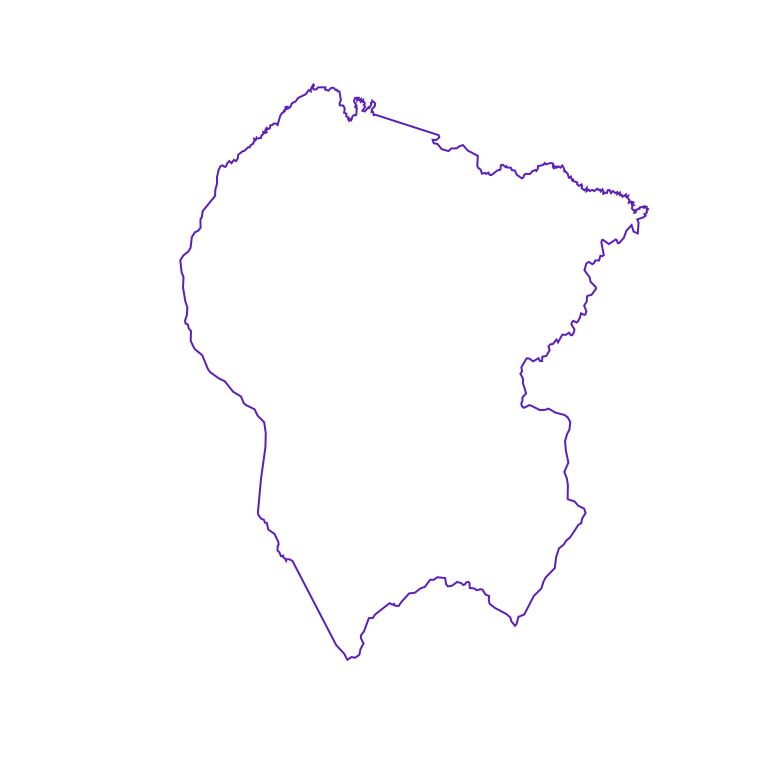 outline of Snuol, Krâchéh, Cambodia, rotated 202°
{"feature_id": "14789045B73173825322549", "entity_name": "Snuol", "entity_type": "district", "adm_level": 2, "iso_a3": "KHM", "parent_name": "Cambodia", "parent_adm1": "Krâchéh", "projection": "equal_earth", "projection_center": [106.435, 12.231], "detail": "fine", "context": "isolated", "style": "outline", "palette": "violet", "viewbox_px": 768, "rotation_deg": 202, "n_neighbors": 0, "source": "geoboundaries", "source_scale": "gbopen_adm2", "svg_char_len": 6166}
<svg xmlns="http://www.w3.org/2000/svg" viewBox="0 0 768 768"><g transform="rotate(202 384 384)"><path d="M204.5,638.1L206.2,639.0L204.5,641.2L205.1,642.3L204.7,645.1L205.4,645.2L205.4,644.3L206.8,645.4L206.8,646.6L208.2,646.6L208.7,645.3L209.6,645.9L209.9,644.6L211.3,644.8L213.2,643.3L212.7,642.2L214.9,640.6L215.2,637.0L216.1,636.5L216.6,639.1L218.0,638.6L220.1,639.8L220.1,641.7L221.5,643.4L219.9,643.7L221.6,644.7L220.9,645.8L223.0,645.8L224.9,643.8L225.4,646.5L228.1,648.0L228.2,649.8L229.4,648.2L230.4,648.7L230.7,650.2L233.0,646.9L234.6,648.5L235.9,647.5L237.0,649.9L238.8,647.3L239.7,649.2L241.0,647.7L244.1,648.7L245.0,646.0L247.7,648.4L249.2,647.4L248.8,644.7L250.5,644.4L251.5,642.6L252.3,642.6L252.7,644.7L254.3,646.3L255.3,643.7L256.6,645.1L258.1,644.3L259.4,645.0L261.4,641.6L263.6,642.0L265.5,640.0L267.1,640.9L268.4,638.7L269.5,641.8L270.7,638.6L274.2,639.7L274.6,642.2L275.6,643.1L277.3,640.7L279.8,641.6L280.3,643.3L285.1,643.0L285.3,644.3L286.2,643.7L288.5,646.3L289.4,644.5L290.1,644.7L292.4,647.7L295.7,649.2L296.5,648.7L297.0,650.4L300.5,653.4L301.5,650.7L303.4,651.1L304.9,649.4L305.3,650.2L307.4,647.6L308.8,648.7L308.1,650.2L309.3,650.3L309.9,651.7L312.3,651.3L316.4,648.2L317.7,649.1L318.8,646.4L322.9,643.7L322.0,641.2L322.6,638.6L323.7,639.1L326.2,636.8L327.3,633.5L331.5,631.8L332.4,629.9L332.1,627.9L333.2,626.3L339.3,627.8L342.6,630.9L345.5,630.2L347.3,632.0L351.9,630.7L352.3,631.7L353.0,630.8L356.1,631.7L357.6,630.7L356.4,626.3L359.0,624.3L362.6,618.1L364.4,617.5L366.3,619.1L368.1,617.0L369.4,617.6L372.0,615.7L374.8,619.0L377.7,619.7L379.4,621.6L382.5,630.7L393.6,631.8L400.4,635.1L403.5,632.3L404.8,629.8L409.7,627.7L411.5,624.1L418.5,623.4L424.4,626.6L428.1,625.9L430.4,628.7L427.0,629.7L425.1,633.5L426.6,635.2L493.0,630.4L494.2,629.4L496.1,632.1L497.5,631.6L498.0,634.8L496.6,637.9L497.3,640.9L501.0,642.2L500.5,640.9L501.4,639.8L500.5,638.0L501.0,634.4L502.0,634.9L503.9,629.5L506.4,629.3L505.2,633.9L507.2,635.0L506.7,636.5L507.7,637.9L509.0,637.6L509.7,639.6L511.2,637.1L512.1,639.5L513.0,637.8L513.9,638.0L514.6,639.9L515.5,639.4L515.4,637.3L516.6,639.2L518.0,638.3L518.0,636.1L517.2,634.4L513.7,631.8L514.6,631.2L514.4,629.9L512.6,629.7L510.8,624.1L510.8,622.6L512.3,622.3L513.4,620.2L513.2,616.4L514.4,616.9L514.9,614.9L516.4,616.0L516.5,617.7L519.1,617.9L520.2,620.6L522.6,620.5L523.5,624.5L526.0,626.9L529.4,625.8L530.2,627.1L530.4,631.1L534.9,638.6L536.7,638.0L537.8,639.2L539.1,638.5L541.7,639.7L543.9,638.8L545.4,635.2L548.9,635.0L549.4,637.1L555.2,634.8L556.4,634.1L557.1,631.8L559.8,630.8L561.0,632.2L560.9,634.8L561.7,635.2L562.4,630.3L561.5,627.9L563.9,628.3L565.2,623.2L570.8,617.1L571.8,612.8L574.6,609.7L574.5,606.2L575.7,603.9L577.3,602.6L577.4,604.9L579.0,604.0L578.1,600.5L578.3,599.6L579.2,599.8L579.1,598.1L580.0,597.2L580.7,593.8L579.7,584.3L581.5,585.1L584.0,584.0L584.4,582.4L586.3,581.2L585.7,578.5L586.7,577.1L588.9,577.5L589.1,575.3L588.1,575.3L588.7,573.9L587.2,573.4L588.2,572.1L590.4,572.4L589.6,570.4L590.7,568.3L590.3,565.9L593.4,564.2L594.5,564.7L594.4,562.3L596.2,562.5L595.0,560.8L595.7,559.0L595.2,558.0L597.1,555.4L597.2,553.1L598.6,552.7L600.8,547.8L602.3,546.8L605.1,541.9L604.1,538.4L604.7,535.2L607.1,535.6L608.1,531.7L610.9,532.8L612.2,529.3L611.9,526.8L612.8,525.6L615.9,526.1L617.2,524.6L617.5,520.3L616.3,513.1L613.9,507.4L613.2,501.2L611.1,495.0L616.9,476.3L615.5,471.2L615.8,467.7L612.6,460.2L613.8,456.3L616.1,454.0L617.2,448.3L614.4,437.9L615.0,433.6L618.2,428.0L619.2,422.3L613.4,411.6L609.9,408.0L606.5,398.2L599.0,386.0L595.1,381.5L592.6,374.1L592.2,368.2L590.6,365.7L588.2,365.7L585.8,362.4L582.8,360.8L579.4,351.6L575.1,347.6L572.3,345.4L563.3,342.6L552.8,331.8L549.2,329.7L539.2,327.3L532.7,326.9L521.0,320.3L511.9,318.8L506.8,313.7L504.3,312.8L494.6,312.1L489.3,307.3L480.8,303.7L475.2,294.1L470.3,281.1L462.6,250.3L452.6,217.1L451.1,215.3L447.6,213.1L444.5,213.1L442.5,210.9L440.6,211.2L436.7,205.7L429.4,204.0L422.9,198.1L421.5,195.5L421.8,193.8L420.4,189.7L418.0,188.8L415.1,185.8L413.2,187.1L412.5,185.5L410.3,185.1L408.6,183.5L408.7,185.0L405.8,186.1L402.5,185.6L330.4,123.9L319.9,119.0L314.7,114.6L311.8,118.7L308.2,119.4L305.4,123.7L306.5,129.5L305.7,135.6L310.2,139.7L311.2,142.2L309.9,147.2L310.3,161.2L306.7,162.9L305.9,167.0L296.7,182.9L293.7,182.6L292.2,183.8L291.6,182.6L290.2,182.7L287.2,183.8L286.3,188.2L282.3,199.2L277.1,202.1L273.6,208.3L270.1,211.2L267.9,219.8L264.5,221.1L262.2,224.8L254.6,227.0L251.5,221.7L248.9,220.3L245.3,222.5L242.1,227.8L237.7,228.3L235.2,227.3L233.9,228.5L233.4,231.0L231.9,232.1L230.2,231.5L228.1,227.0L223.4,228.3L220.8,227.5L217.6,229.9L215.5,230.2L211.1,226.8L207.1,226.8L206.0,223.1L203.7,219.7L197.1,217.9L184.5,216.6L179.5,214.9L176.9,211.6L172.0,208.9L171.2,211.1L172.1,218.5L167.6,222.8L165.7,243.6L161.5,253.4L162.1,260.6L161.6,265.2L156.7,277.3L159.5,287.7L160.2,297.2L157.3,302.1L156.4,307.1L154.0,311.3L151.0,326.3L149.0,328.8L149.9,333.3L148.8,339.9L151.7,343.4L158.4,343.9L163.3,346.5L170.1,346.0L170.9,346.8L175.6,359.1L179.1,364.9L183.9,370.0L183.6,380.2L190.5,390.5L194.7,398.8L195.5,406.2L195.0,411.1L197.0,418.5L201.4,422.0L204.9,422.9L214.3,421.7L222.2,422.8L224.6,420.6L229.7,418.2L240.0,419.1L241.5,418.7L245.2,414.4L247.7,414.9L249.4,417.3L249.4,420.3L250.6,423.5L248.7,428.6L255.4,436.7L257.3,441.2L261.4,444.6L260.7,447.2L262.9,451.1L261.4,461.2L258.8,462.0L254.2,460.9L250.4,465.8L248.2,463.8L246.0,464.5L247.4,468.6L244.0,470.8L243.1,477.4L245.5,480.3L244.5,483.2L242.4,484.3L240.8,489.8L238.2,487.8L237.2,496.5L234.0,497.6L231.5,500.9L229.1,499.2L227.8,499.8L227.3,503.7L228.0,506.1L232.6,509.4L232.8,511.9L232.1,513.5L228.5,513.1L227.8,514.1L227.2,518.5L227.8,523.3L224.2,523.1L223.3,523.9L223.6,527.2L227.8,531.7L226.9,536.5L228.4,540.6L228.4,541.9L225.0,544.4L223.1,551.6L224.0,553.2L230.7,556.1L233.3,559.9L240.8,564.6L241.5,571.5L239.8,574.0L235.7,573.1L234.5,575.2L234.3,577.8L230.9,579.1L231.4,584.0L229.5,584.2L228.5,585.9L235.5,596.7L235.8,599.0L235.0,599.7L227.9,598.0L223.3,604.8L222.1,604.6L220.0,602.2L218.8,602.6L216.4,609.3L216.7,616.9L214.0,624.1L209.7,618.8L205.1,618.7L208.3,628.7L210.8,631.5L205.7,635.9L204.5,638.1Z" fill="none" stroke="#5b21b6" stroke-width="2"/></g></svg>